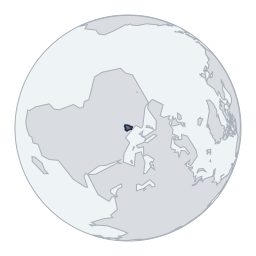 the Earth from above Mizdah, rotated 105°
{"feature_id": "LBY-2976", "entity_name": "Mizdah", "entity_type": "Municipality", "adm_level": 1, "iso_a3": "LBY", "parent_name": "Libya", "parent_adm1": "", "projection": "orthographic", "projection_center": [13.169, 30.372], "detail": "fine", "context": "on_globe", "style": "filled", "palette": "slate", "viewbox_px": 256, "rotation_deg": 105, "n_neighbors": 0, "source": "natural_earth", "source_scale": "10m", "svg_char_len": 10220}
<svg xmlns="http://www.w3.org/2000/svg" viewBox="0 0 256 256"><g transform="rotate(105 128 128)"><circle cx="128" cy="128" r="113" fill="#eef3f6" stroke="#a8b0b8"/><path d="M87.8,22.8L95.8,20.2L109.5,17.0L112.9,16.4L112.9,16.5L115.5,16.1L123.5,15.4L123.8,15.4L126.6,15.4L127.0,15.5L122.7,15.8L122.9,16.0L126.4,15.8L129.0,16.0L123.9,16.2L128.0,16.7L121.6,18.0L107.5,19.6L104.5,21.6L91.3,26.7L93.0,26.7L89.1,29.1L89.6,30.1L87.0,31.1L89.6,31.1L91.9,30.1L93.8,29.9L94.3,30.5L91.1,31.7L90.4,31.5L89.7,32.2L87.9,32.6L89.0,32.8L85.1,34.4L89.7,33.8L87.1,35.9L84.3,36.7L83.7,35.3L75.7,34.8L72.7,35.7L69.0,38.2L63.9,45.2L60.9,47.0L57.5,50.3L59.6,49.8L62.9,47.0L65.9,47.1L69.7,44.0L71.4,43.7L75.7,41.4L76.0,43.2L73.9,46.4L70.4,48.6L69.4,50.2L73.5,49.5L67.7,55.3L65.1,62.4L63.5,63.9L59.0,63.8L57.1,59.9L51.3,61.0L56.0,62.0L51.9,66.2L51.6,67.8L52.4,68.7L54.3,67.8L53.1,69.8L48.0,69.3L49.0,67.5L50.6,67.5L49.7,65.9L46.2,66.1L44.4,68.5L41.1,67.2L39.8,69.0L38.3,69.9L40.7,67.0L36.4,72.4L32.2,73.5L26.3,83.4L31.1,73.6L32.2,70.7L33.0,68.3L32.0,69.8L34.5,65.4L34.3,65.4L39.4,58.4L45.1,51.8L51.2,45.6L57.7,40.0L64.7,34.8L72.1,30.2L79.8,26.2L87.8,22.8ZM25.6,81.1L24.9,82.9L23.2,86.7L25.6,81.1ZM21.0,92.9L20.1,96.1L18.5,101.7L21.0,92.9ZM17.2,107.6L17.1,109.1L16.6,113.4L17.5,111.2L18.4,112.0L17.2,117.7L18.7,114.2L18.5,118.6L21.1,124.4L20.6,125.2L22.5,137.0L26.6,145.3L27.6,150.8L26.9,152.7L28.7,155.3L28.8,157.0L38.0,167.0L44.1,174.9L44.9,180.6L41.7,184.2L43.3,195.3L38.8,194.1L40.7,198.0L42.3,201.1L37.0,194.4L32.3,187.4L28.1,180.0L24.4,172.3L21.4,164.4L19.0,156.2L17.1,147.9L15.9,139.5L15.4,131.0L15.5,122.5L15.6,121.2L16.6,112.6L16.9,110.2L16.5,111.8L16.6,111.2L17.2,107.6ZM24.6,86.4L22.5,96.8L22.1,94.1L22.4,93.9L23.3,90.5L24.4,86.0L24.5,84.3L24.6,86.4ZM27.3,83.6L27.5,82.3L27.5,83.2L27.3,83.6ZM126.9,15.4L127.4,15.4L128.6,15.4L126.9,15.4ZM75.2,40.5L75.4,40.9L74.5,41.2L75.2,40.5ZM76.9,39.2L75.7,39.2L76.3,38.6L77.0,38.6L76.9,39.2ZM130.4,15.6L132.3,15.7L129.6,15.6L130.4,15.6ZM78.2,39.4L77.5,37.5L78.6,36.4L82.3,35.7L78.2,39.4ZM132.8,15.9L137.4,16.6L138.9,16.5L137.2,17.4L133.9,16.3L130.5,16.1L132.6,16.1L132.8,15.9ZM92.4,29.5L90.0,30.7L91.5,29.2L92.4,29.5ZM92.9,28.7L94.9,25.2L98.7,24.0L97.2,25.3L101.8,23.6L102.6,24.8L100.3,26.0L97.7,26.4L100.1,26.6L92.9,28.7ZM135.6,17.9L136.0,18.3L134.7,18.0L135.6,17.9ZM94.7,29.7L94.7,29.0L98.0,27.9L98.5,29.1L97.3,29.0L94.7,29.7ZM102.5,22.7L105.0,22.2L106.5,23.0L107.6,23.0L103.0,24.7L102.5,22.7ZM96.8,29.6L98.7,29.8L97.6,30.9L94.8,30.3L96.8,29.6ZM98.7,27.1L100.3,26.7L99.5,27.3L98.7,27.1ZM94.7,35.3L94.7,34.3L96.4,33.6L94.7,35.3ZM99.4,29.8L99.8,29.4L100.5,29.1L101.4,29.5L99.4,29.8ZM104.3,25.2L104.4,25.7L106.3,24.5L107.4,25.2L104.1,26.3L106.0,26.1L106.4,26.4L103.3,27.0L104.3,25.2ZM104.5,28.9L100.7,30.8L100.3,32.8L98.7,33.4L99.6,30.2L104.5,28.9ZM104.0,27.7L104.0,28.6L102.1,28.8L101.0,28.4L104.0,27.7ZM109.4,25.3L108.5,24.0L109.2,23.8L109.4,25.3ZM104.7,29.4L105.6,29.0L104.9,29.5L104.7,29.4ZM108.4,26.5L107.9,26.0L108.8,25.8L108.4,26.5ZM107.8,28.6L106.6,29.1L105.8,28.8L107.8,28.6ZM108.4,27.6L109.7,27.4L106.3,28.3L108.0,27.4L108.4,27.6ZM109.2,26.4L109.6,26.1L109.3,26.6L109.2,26.4ZM111.5,29.6L107.4,30.9L105.7,30.1L109.9,28.9L111.5,29.6ZM167.8,22.6L165.4,21.9L152.9,18.7L158.2,19.9L157.7,20.0L160.0,20.7L163.7,21.7L173.0,26.2L183.2,31.3L180.8,29.3L182.2,29.6L191.7,35.1L206.9,47.8L208.8,49.5L212.9,54.0L213.4,54.5L210.5,51.4L210.4,51.6L208.4,49.6L211.4,53.4L208.7,50.7L212.4,55.2L214.1,56.6L212.4,54.0L216.8,59.5L218.8,61.4L221.9,65.8L222.9,67.3L229.3,78.8L232.0,85.5L232.8,87.5L232.2,87.1L233.9,92.6L236.9,99.5L237.7,102.5L239.3,111.5L238.9,109.4L237.4,108.4L238.9,116.3L240.1,118.8L240.6,124.3L240.6,124.8L240.5,125.1L239.8,120.1L239.2,119.6L238.1,113.0L235.2,105.4L234.9,109.7L233.7,105.9L229.7,101.1L228.6,107.2L227.8,122.6L229.8,132.7L228.6,138.9L222.1,128.3L218.4,119.6L216.6,122.1L209.5,117.1L198.8,122.6L196.8,120.5L194.9,122.8L189.8,122.1L186.5,118.6L183.7,120.0L192.2,129.1L195.2,127.6L197.1,122.0L198.9,125.7L203.8,127.3L200.1,139.6L183.5,154.7L181.1,147.4L164.4,129.1L164.4,126.5L164.3,126.2L164.1,125.7L163.4,130.1L160.2,126.3L170.0,139.9L172.0,146.2L183.3,155.2L182.4,156.7L185.8,158.2L195.7,151.7L196.0,154.2L191.7,167.6L177.3,186.9L178.8,195.9L177.0,203.7L167.0,210.7L167.0,215.8L161.7,218.6L160.8,221.4L156.0,224.9L148.4,228.4L136.5,229.5L136.4,227.3L131.6,222.9L125.1,210.4L128.9,204.0L128.1,198.8L119.4,186.7L121.4,179.6L118.9,176.5L113.8,177.1L110.8,173.3L107.6,173.1L87.5,173.6L81.0,167.7L72.2,150.6L75.6,145.0L75.5,137.5L98.1,114.9L103.6,116.9L122.3,114.2L124.7,115.2L123.4,121.2L138.0,127.9L141.8,122.6L154.2,125.2L162.0,123.7L163.3,112.1L150.6,114.2L147.6,109.1L157.1,102.6L168.1,101.1L167.3,99.1L159.6,95.8L161.5,91.4L156.9,94.3L159.3,96.1L156.5,98.1L154.2,96.7L154.9,95.1L151.4,94.7L148.8,102.8L150.9,105.5L142.1,108.1L144.8,112.9L142.7,115.5L137.3,108.4L137.3,105.6L128.0,98.2L127.2,101.3L136.0,108.6L133.5,108.2L132.5,113.0L131.4,109.0L122.0,100.6L113.6,102.6L104.1,114.0L99.0,114.7L94.1,111.9L96.4,100.1L107.6,100.1L108.6,96.4L105.3,90.8L109.0,91.4L109.0,89.3L113.2,89.2L118.0,84.1L122.1,83.6L123.1,77.2L125.3,76.2L124.1,80.2L125.4,82.8L135.4,81.9L137.1,80.4L136.9,76.5L139.6,76.9L138.2,73.3L143.5,71.2L135.8,70.8L135.4,66.7L138.0,63.3L136.5,62.0L132.2,67.6L131.7,70.0L133.5,72.0L131.0,79.1L127.7,80.4L125.2,73.2L120.3,74.5L120.5,68.7L132.1,56.3L137.4,53.8L148.2,57.5L147.5,60.2L143.3,60.0L148.1,63.7L147.3,61.7L149.6,62.2L149.7,58.8L151.4,59.0L148.8,55.5L150.8,55.4L152.4,57.6L154.4,53.0L158.4,52.2L158.0,51.0L156.6,50.1L162.6,49.9L162.1,49.1L159.9,48.8L157.4,47.1L155.5,44.1L157.7,44.3L158.7,45.3L164.1,48.0L166.4,51.1L167.1,50.9L165.6,48.2L159.0,44.9L157.2,43.2L160.5,44.3L159.1,43.8L158.9,42.9L160.8,42.3L157.3,40.9L152.0,32.8L155.0,31.1L158.5,32.8L157.2,28.3L160.7,27.4L158.7,27.0L156.7,25.0L155.5,25.3L154.4,25.0L148.7,20.7L149.1,20.1L144.4,18.5L143.3,18.4L142.8,18.7L137.2,17.4L138.9,16.5L141.1,16.7L140.6,16.3L145.8,17.0L149.9,17.6L156.0,19.1L158.7,19.7L158.1,19.5L160.4,20.1L167.8,22.6ZM91.3,127.4L90.9,129.7L91.3,127.4ZM180.5,105.2L186.6,103.6L182.5,97.5L184.4,96.5L182.3,94.9L182.1,97.1L176.7,92.6L178.8,89.7L177.4,87.0L175.3,87.4L172.3,93.6L180.0,99.8L179.2,103.1L180.5,105.2ZM21.2,124.5L21.3,126.3L20.8,125.4L21.2,124.5ZM21.2,95.9L21.1,97.3L20.8,98.7L20.7,98.1L21.2,95.9ZM22.7,106.3L23.1,108.1L22.4,107.1L22.7,106.3ZM22.3,98.3L22.4,105.0L21.1,103.8L21.2,99.7L21.6,101.1L22.3,98.3ZM25.6,86.2L25.4,87.3L24.9,88.1L25.6,86.2ZM27.3,84.4L27.2,84.1L27.7,83.0L27.3,84.4ZM52.2,66.3L52.6,66.4L53.0,67.6L52.0,67.7L52.2,66.3ZM59.3,70.0L57.2,73.1L58.1,70.8L56.3,71.3L55.9,67.3L62.7,64.5L59.7,66.4L59.3,70.0ZM57.3,61.6L56.8,64.2L57.1,61.5L57.3,61.6ZM105.2,78.7L106.9,80.1L105.8,82.5L100.6,84.0L102.2,80.4L105.2,78.7ZM109.6,81.6L108.5,74.4L111.7,73.5L110.1,75.2L112.3,75.3L110.3,78.0L114.4,84.4L113.7,87.0L104.6,87.9L108.0,86.1L106.1,84.7L109.6,81.6ZM100.1,60.5L99.7,58.1L107.1,59.1L106.7,61.2L101.5,62.6L99.0,60.9L100.1,60.5ZM84.8,38.9L84.2,38.4L85.1,38.0L86.3,38.1L84.8,38.9ZM94.6,34.9L88.6,40.6L87.5,40.3L85.2,44.4L81.6,45.3L83.2,42.6L78.7,46.5L78.7,44.4L75.9,47.2L79.9,41.0L79.7,39.5L81.3,40.8L84.6,40.0L86.0,39.2L89.8,35.9L91.0,32.5L94.6,31.4L96.7,31.6L97.0,32.2L94.6,32.6L96.6,33.2L93.4,34.3L94.6,34.9ZM120.0,37.6L117.2,37.2L120.7,39.7L117.5,40.4L118.1,40.6L116.1,42.0L114.7,44.2L113.1,44.3L113.3,45.1L111.9,46.2L111.6,47.4L108.6,48.0L108.0,49.7L107.0,49.0L106.6,51.8L105.6,50.0L103.7,51.4L105.8,52.4L90.6,53.8L85.2,56.3L81.1,59.4L79.8,56.4L82.7,51.7L87.8,47.0L93.2,45.3L91.7,44.4L93.8,43.4L94.2,44.5L94.9,42.2L96.8,41.7L101.2,38.4L101.2,35.7L102.8,34.5L103.8,35.3L104.7,33.7L107.7,34.5L108.9,33.8L113.0,34.0L114.2,36.3L115.5,35.3L118.7,35.6L120.0,37.6ZM112.6,29.7L114.8,32.0L114.0,33.5L107.1,32.5L105.6,33.0L101.1,32.7L102.3,30.6L103.5,30.8L104.9,30.6L103.9,31.4L105.7,30.6L107.4,31.0L109.2,30.5L109.4,31.3L112.6,29.7ZM127.1,112.8L128.9,113.0L131.6,112.6L131.0,115.7L127.1,112.8ZM120.6,107.2L122.1,106.7L122.7,110.7L120.8,110.6L120.6,107.2ZM122.6,103.3L122.2,106.4L121.3,104.7L122.6,103.3ZM125.5,79.6L127.1,79.1L127.5,80.0L126.8,81.4L125.5,79.6ZM129.8,46.3L128.3,45.6L128.6,45.1L127.0,42.6L129.3,42.1L131.1,43.4L129.8,46.3ZM161.4,114.4L159.4,117.0L158.1,116.1L159.1,115.4L161.4,114.4ZM144.7,116.8L148.7,117.7L144.5,117.6L144.7,116.8ZM132.0,45.4L131.0,44.3L132.7,44.7L132.0,45.4ZM130.9,41.6L132.8,41.8L129.4,41.8L130.9,41.6ZM193.9,197.2L185.0,211.8L180.4,213.4L180.3,210.2L184.2,201.9L189.8,197.9L192.8,193.3L193.9,197.2ZM240.5,134.5L239.1,126.5L239.6,124.7L240.6,127.0L240.5,134.5ZM230.1,133.4L232.1,137.8L231.3,139.9L230.1,133.4ZM233.9,90.1L234.3,92.0L233.8,90.7L232.9,87.5L233.9,90.1ZM150.0,41.4L149.7,45.3L150.9,48.1L154.0,49.7L149.5,49.4L147.6,44.9L150.0,41.4ZM151.5,33.7L148.8,32.7L150.0,32.3L150.8,32.5L151.5,33.7ZM149.9,33.7L146.5,34.2L145.0,33.0L148.0,32.9L149.9,33.7ZM139.3,39.3L139.0,40.4L137.7,40.1L139.3,39.3ZM188.1,32.7L180.7,28.9L178.6,27.9L183.4,29.9L184.3,30.4L186.4,31.7L186.7,31.9L188.1,32.7ZM137.1,18.2L136.1,18.3L136.4,18.0L137.1,18.2ZM153.8,25.1L152.4,24.7L152.8,24.3L153.8,25.1ZM148.5,23.4L149.1,24.1L147.6,23.3L148.5,23.4ZM150.6,25.9L148.9,24.4L151.8,26.0L150.6,25.9Z" fill="#d9dde1" stroke="#a8b0b8" stroke-width="1"/><path d="M127.4,124.3L127.7,124.3L127.8,124.3L128.0,124.2L128.2,124.3L128.3,124.4L128.4,124.6L128.5,124.9L128.5,125.2L128.6,125.4L128.7,125.6L128.8,125.8L129.1,126.1L129.3,126.3L129.5,126.7L129.7,127.1L129.8,127.3L130.0,127.4L130.2,127.5L130.4,127.6L130.7,127.7L130.9,127.8L131.0,127.9L131.1,128.2L131.1,128.4L131.1,128.7L131.0,128.8L130.9,128.9L130.9,129.0L130.7,129.2L130.7,129.3L130.7,129.5L130.7,129.8L130.6,130.0L130.3,130.2L130.1,130.3L130.1,130.2L129.9,129.9L129.7,129.8L129.5,129.7L129.4,129.6L129.1,129.6L128.9,129.8L128.7,130.0L128.5,130.3L128.4,130.5L128.2,130.8L128.1,131.0L127.9,131.2L127.7,131.3L127.4,131.5L127.2,131.8L126.8,131.7L126.7,131.6L126.3,131.5L126.2,131.4L125.9,131.5L125.9,131.1L125.7,130.7L125.5,130.0L125.5,129.5L125.4,129.1L125.4,128.6L125.4,128.2L125.4,127.9L125.3,127.6L125.4,127.4L125.6,127.2L125.8,126.9L126.0,126.6L125.9,126.6L125.9,126.4L125.8,126.1L125.8,125.8L125.8,125.6L125.8,125.4L125.8,125.2L125.8,124.9L125.8,124.6L125.8,124.4L125.8,124.2L126.3,124.2L126.5,124.2L126.9,124.3L127.0,124.3L127.3,124.3L127.4,124.3Z" fill="#64748b" stroke="#1e293b" stroke-width="1.5"/></g></svg>